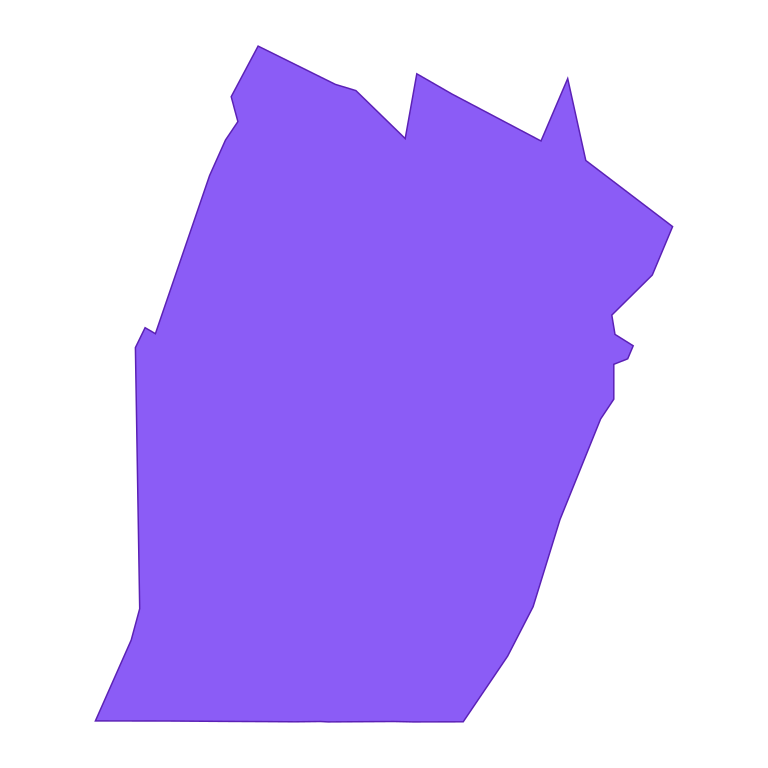 Bedford, Pennsylvania, United States of America (Albers equal-area conic projection)
{"feature_id": "52423323B14899262038475", "entity_name": "Bedford", "entity_type": "district", "adm_level": 2, "iso_a3": "USA", "parent_name": "United States of America", "parent_adm1": "Pennsylvania", "projection": "albers", "projection_center": [-78.468, 40.025], "detail": "fine", "context": "isolated", "style": "filled", "palette": "violet", "viewbox_px": 768, "rotation_deg": 0, "n_neighbors": 0, "source": "geoboundaries", "source_scale": "gbopen_adm2", "svg_char_len": 640}
<svg xmlns="http://www.w3.org/2000/svg" viewBox="0 0 768 768"><path d="M463.2,721.8L507.6,656.2L533.1,606.7L560.0,519.5L600.6,419.0L613.8,399.2L613.8,364.3L627.7,358.8L633.2,345.8L615.0,334.4L611.8,315.1L652.3,275.0L672.6,226.6L585.8,160.5L567.7,78.6L541.0,141.0L451.9,94.0L416.8,73.8L405.2,138.6L355.9,90.6L335.4,84.4L258.1,46.1L231.2,96.7L233.2,104.1L234.5,109.1L237.9,121.6L225.5,140.0L209.6,175.5L155.4,333.7L145.1,327.7L135.4,347.6L139.7,608.7L131.2,640.1L95.4,720.9L168.3,721.0L224.5,721.4L265.6,721.6L295.2,721.8L320.5,721.5L328.0,721.9L393.6,721.5L413.0,721.9L463.2,721.8Z" fill="#8b5cf6" stroke="#5b21b6" stroke-width="1.5"/></svg>